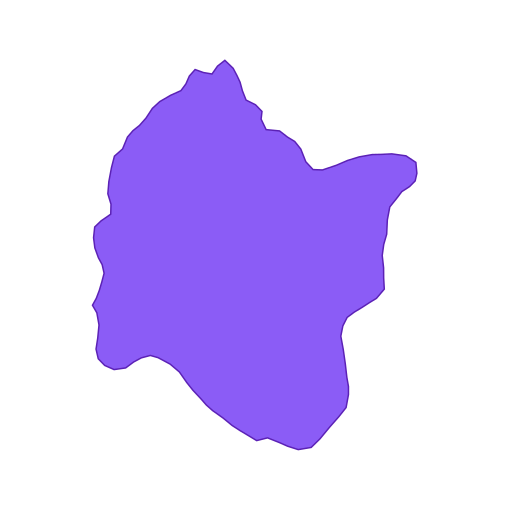 outline of Naque, Minas Gerais, Brazil, rotated 80°
{"feature_id": "56859067B48718668188902", "entity_name": "Naque", "entity_type": "district", "adm_level": 2, "iso_a3": "BRA", "parent_name": "Brazil", "parent_adm1": "Minas Gerais", "projection": "albers", "projection_center": [-42.328, -19.176], "detail": "fine", "context": "isolated", "style": "filled", "palette": "violet", "viewbox_px": 512, "rotation_deg": 80, "n_neighbors": 0, "source": "geoboundaries", "source_scale": "gbopen_adm2", "svg_char_len": 1542}
<svg xmlns="http://www.w3.org/2000/svg" viewBox="0 0 512 512"><g transform="rotate(80 256 256)"><path d="M169.0,391.1L179.8,389.8L189.6,391.8L194.5,402.5L199.4,409.8L209.8,412.8L220.0,413.3L230.4,411.5L237.8,409.0L246.6,408.6L254.7,412.3L262.7,416.3L269.9,420.6L276.1,425.6L284.3,422.6L296.7,422.6L309.3,426.1L319.9,429.7L329.8,429.2L337.5,424.0L343.2,415.5L343.6,403.8L339.1,394.8L336.4,386.6L335.6,377.3L339.1,370.1L347.6,359.3L356.9,351.6L368.7,346.1L377.5,341.3L386.5,335.4L394.1,330.8L400.7,325.6L409.8,316.6L418.8,308.9L425.3,301.9L432.2,293.9L437.9,287.4L437.1,276.2L443.9,265.2L448.8,257.9L454.0,248.0L454.1,234.9L447.2,224.8L437.4,213.3L428.6,202.3L420.9,193.6L408.5,189.0L400.6,187.6L391.3,187.6L378.0,186.8L363.4,186.3L349.7,186.4L339.9,182.6L332.3,176.9L328.3,168.9L325.1,160.6L321.5,152.1L318.6,144.7L310.9,135.4L299.9,134.1L289.8,132.4L277.4,131.6L266.8,128.2L257.2,123.5L243.3,120.4L230.9,115.7L223.9,107.7L217.9,101.2L214.3,92.7L209.7,86.2L202.5,83.2L191.6,82.3L183.4,90.9L179.0,104.5L177.7,114.9L176.3,123.9L176.3,137.2L177.8,149.2L180.6,161.1L182.8,175.6L180.8,184.8L171.8,190.6L158.5,193.3L149.9,198.0L144.4,204.3L136.9,211.1L133.3,224.1L122.1,227.2L114.7,225.0L107.0,230.2L100.7,238.7L90.9,240.7L82.1,241.5L75.0,243.4L67.2,245.9L57.9,252.7L62.3,260.9L69.1,267.7L66.2,275.9L61.8,283.6L67.2,290.4L74.3,295.1L80.1,301.2L82.9,312.2L87.2,323.9L92.6,332.4L101.1,340.4L107.2,348.1L111.2,355.4L116.5,361.9L127.4,368.8L133.1,378.1L143.9,383.0L157.2,388.0L169.0,391.1Z" fill="#8b5cf6" stroke="#5b21b6" stroke-width="1.5"/></g></svg>